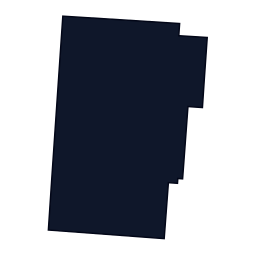 the district of Lincoln, Idaho, United States of America, rotated 274°
{"feature_id": "52423323B80872944248588", "entity_name": "Lincoln", "entity_type": "district", "adm_level": 2, "iso_a3": "USA", "parent_name": "United States of America", "parent_adm1": "Idaho", "projection": "orthographic", "projection_center": [-114.171, 42.982], "detail": "fine", "context": "isolated", "style": "filled", "palette": "ink", "viewbox_px": 256, "rotation_deg": 274, "n_neighbors": 0, "source": "geoboundaries", "source_scale": "gbopen_adm2", "svg_char_len": 339}
<svg xmlns="http://www.w3.org/2000/svg" viewBox="0 0 256 256"><g transform="rotate(274 128 128)"><path d="M20.7,55.7L20.2,171.8L76.3,172.1L76.3,181.2L81.1,181.2L81.1,186.0L153.6,186.3L153.6,200.8L182.6,200.7L223.8,200.7L223.6,172.2L235.8,172.2L235.0,55.2L74.2,55.5L20.7,55.7Z" fill="#0f172a" stroke="#020617" stroke-width="1.5"/></g></svg>